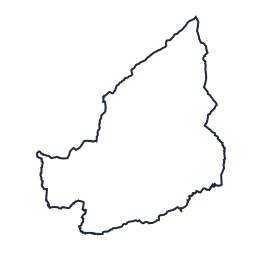 the district of Hankha, Chai Nat, Thailand, rotated 83°
{"feature_id": "78962969B11374583847622", "entity_name": "Hankha", "entity_type": "district", "adm_level": 2, "iso_a3": "THA", "parent_name": "Thailand", "parent_adm1": "Chai Nat", "projection": "natural_earth1", "projection_center": [99.977, 15.032], "detail": "fine", "context": "isolated", "style": "outline", "palette": "slate", "viewbox_px": 256, "rotation_deg": 83, "n_neighbors": 0, "source": "geoboundaries", "source_scale": "gbopen_adm2", "svg_char_len": 5819}
<svg xmlns="http://www.w3.org/2000/svg" viewBox="0 0 256 256"><g transform="rotate(83 128 128)"><path d="M226.6,185.5L226.8,183.2L227.5,183.1L227.2,180.7L227.3,179.3L227.7,177.9L227.7,176.2L228.4,176.2L228.4,174.2L229.2,174.2L229.3,170.9L229.8,170.9L230.0,166.1L228.5,165.6L228.3,165.3L228.0,162.8L228.3,162.0L228.3,160.4L227.7,159.5L227.5,158.4L226.6,157.5L226.8,156.5L225.6,154.8L225.9,152.0L225.3,147.0L224.8,145.8L223.2,144.6L222.8,143.9L222.9,143.0L223.2,142.3L223.0,141.2L222.7,140.8L221.8,140.3L221.2,138.4L221.1,134.1L220.6,132.4L221.1,130.4L221.7,129.8L221.0,128.0L222.6,127.0L224.3,125.1L224.4,124.1L223.3,121.9L223.9,119.8L225.1,118.9L225.0,117.0L225.3,115.3L224.5,113.3L224.3,112.0L223.2,110.8L223.2,108.6L221.9,108.3L220.1,108.4L218.8,107.6L218.5,105.2L218.5,102.5L217.8,101.4L217.6,100.4L216.4,99.8L215.7,99.1L215.7,98.3L215.3,97.7L215.4,97.0L215.3,96.0L215.0,95.4L214.9,93.1L214.3,92.5L214.3,91.2L213.7,90.7L212.8,89.0L212.7,88.2L213.6,87.5L214.0,86.8L214.0,85.2L214.3,85.1L215.7,85.8L217.0,85.3L217.3,85.8L217.2,85.4L215.7,85.7L214.9,85.3L213.0,80.7L211.4,78.9L209.1,78.0L208.7,77.5L207.1,77.7L207.3,77.0L207.1,76.5L206.2,76.2L206.2,75.5L205.8,75.2L203.6,75.3L203.2,75.6L202.9,74.6L203.4,74.2L203.1,72.9L202.5,72.6L202.1,71.7L201.0,71.9L200.5,71.5L200.5,70.6L201.1,70.0L201.2,69.5L200.1,68.3L199.1,68.0L198.9,67.8L199.1,67.1L200.1,65.9L200.8,63.7L199.9,63.2L197.4,60.8L197.2,59.5L197.8,58.4L198.3,58.2L198.5,57.3L199.1,57.1L199.2,55.5L199.5,54.9L199.2,54.5L198.7,54.5L198.4,53.6L197.7,53.3L197.3,53.5L196.6,53.2L196.4,51.9L195.4,51.6L194.8,51.2L195.9,50.8L196.8,49.9L195.9,48.7L194.7,48.6L194.3,49.2L194.0,48.9L194.4,48.4L195.6,48.1L195.7,46.8L196.3,46.1L196.4,44.0L196.1,43.7L196.1,43.0L195.6,41.9L186.3,41.3L185.1,40.8L179.4,37.5L176.6,37.8L174.4,36.8L172.7,36.4L172.5,36.7L171.3,36.3L171.1,36.5L170.6,35.7L170.1,35.4L168.2,35.6L165.6,35.5L165.0,35.7L163.4,35.0L162.5,35.6L161.4,34.7L159.8,34.4L159.5,35.2L158.7,35.1L157.0,36.2L156.6,35.9L156.0,36.4L155.3,36.4L154.2,35.9L153.0,37.6L151.6,38.6L151.1,38.5L150.0,40.1L149.5,40.3L148.7,39.8L147.8,40.0L147.2,40.4L145.7,42.7L144.9,42.4L143.5,42.6L142.5,44.7L139.9,46.5L136.9,49.7L134.8,51.6L133.8,50.4L133.2,50.3L131.8,49.0L127.7,47.5L124.7,47.0L124.1,45.9L124.1,44.7L123.3,44.5L121.8,43.6L120.3,41.2L119.3,39.9L116.5,38.1L115.9,37.1L114.8,37.1L112.6,38.3L112.0,39.0L109.9,40.3L108.4,40.9L107.3,41.8L105.5,42.5L103.8,44.6L102.9,44.3L100.6,45.2L99.3,46.2L97.9,46.8L97.0,47.7L92.7,45.7L88.0,44.2L87.0,44.3L84.9,44.0L79.2,44.1L75.7,43.3L73.1,43.4L71.6,43.1L69.5,44.8L69.0,44.9L67.8,44.8L66.1,43.9L65.9,42.7L65.2,42.8L64.7,42.4L63.1,39.9L62.7,40.1L59.4,40.5L58.3,40.9L57.7,40.5L56.0,40.8L54.7,41.7L54.2,41.8L53.0,42.8L52.7,43.5L52.7,44.8L51.6,45.1L50.8,45.9L50.0,45.7L48.0,46.6L46.2,46.4L43.4,47.0L42.0,47.0L40.4,47.7L37.5,46.9L36.0,46.1L35.2,46.4L32.7,45.5L30.8,45.4L26.0,47.2L27.8,49.0L29.5,54.2L30.7,56.1L33.4,58.2L37.3,62.7L38.1,64.6L39.3,66.4L40.4,67.4L40.8,70.2L43.1,72.0L45.7,75.3L45.9,76.1L45.8,78.2L46.0,79.0L48.6,80.0L51.0,80.0L52.0,80.9L52.6,83.1L54.2,86.5L54.6,88.6L55.3,90.0L56.4,93.3L57.4,94.7L58.9,97.4L59.6,98.1L60.3,99.9L62.1,101.8L63.1,103.1L64.5,108.1L65.6,109.3L66.0,111.2L66.6,112.6L69.2,114.4L70.4,117.4L72.0,117.6L75.0,117.2L75.8,117.5L76.7,119.1L77.0,121.0L77.9,122.1L78.3,125.2L79.6,125.8L80.3,126.9L80.4,128.0L81.7,129.0L81.8,130.4L83.8,132.1L84.3,133.6L84.9,134.3L89.0,136.1L89.9,137.4L91.7,138.6L91.8,139.1L91.5,139.9L90.2,141.3L90.0,142.2L92.9,146.2L93.2,147.8L94.1,147.8L94.1,148.8L97.2,148.9L99.0,149.4L99.0,147.8L99.8,147.6L105.1,147.6L106.7,148.2L108.6,148.4L109.5,149.2L109.9,150.0L110.6,150.4L111.3,151.8L112.6,153.0L115.0,153.4L116.8,155.0L118.0,155.0L119.3,155.6L119.7,155.4L121.0,156.1L123.5,156.3L124.4,155.9L126.0,157.0L126.5,157.8L128.4,158.6L130.3,158.9L131.1,158.7L132.0,159.2L132.8,160.1L133.4,160.0L134.5,160.4L135.8,160.4L137.3,160.8L136.7,162.3L137.2,163.6L137.3,164.6L136.6,165.4L136.2,166.5L136.5,167.0L136.1,167.6L136.2,168.4L135.7,169.8L135.8,170.7L135.5,172.5L135.8,173.3L139.0,175.8L140.1,177.1L141.1,177.7L142.2,179.4L143.5,182.4L141.9,183.6L141.2,184.6L143.3,187.4L144.4,188.5L147.2,189.5L150.4,191.6L150.6,192.4L150.3,196.4L149.2,200.2L148.4,200.7L148.4,201.5L147.9,202.1L148.0,203.0L148.3,203.8L148.3,206.1L148.6,207.0L148.6,207.6L148.1,208.1L147.9,208.6L147.1,208.8L146.3,209.6L145.4,212.6L144.7,213.5L144.1,215.6L143.3,215.8L143.3,216.4L142.9,216.7L142.6,217.4L141.0,218.1L140.4,219.0L141.3,220.6L142.4,221.6L143.4,221.4L145.4,221.5L146.7,219.8L147.6,217.8L147.9,218.0L148.4,217.4L150.5,217.8L150.7,217.1L151.4,217.0L153.1,217.1L155.3,217.9L156.6,218.1L156.8,218.9L157.7,218.8L159.5,219.0L160.2,219.3L161.9,219.4L162.0,220.2L163.1,220.1L164.0,220.7L166.7,220.0L168.0,220.3L170.0,219.8L170.3,219.7L170.4,219.2L171.4,219.3L172.1,219.9L172.9,219.8L173.0,220.3L174.9,220.6L175.5,220.4L175.7,219.9L176.4,219.5L178.4,218.9L178.8,215.9L189.6,218.1L189.5,217.6L190.9,217.3L192.4,216.4L194.2,215.8L194.4,215.8L194.6,216.9L195.5,216.8L196.4,216.2L196.5,215.5L197.7,215.4L197.4,213.1L197.4,211.2L198.1,207.3L199.3,205.9L199.8,204.1L198.5,203.0L200.0,197.8L200.2,196.2L198.6,194.2L198.2,194.2L197.7,193.8L197.3,193.2L197.3,192.8L195.9,191.3L196.1,190.8L195.7,190.7L195.4,190.2L195.3,189.5L194.7,189.2L194.8,188.9L194.5,188.5L194.7,188.2L194.3,187.0L194.3,185.9L194.1,185.8L194.5,185.3L194.6,184.5L194.9,184.2L195.3,182.7L195.9,181.4L196.7,181.0L202.3,182.6L203.0,183.1L203.9,182.4L204.0,181.0L204.5,181.3L204.6,179.8L205.2,180.1L206.2,180.2L206.5,180.5L207.8,180.8L208.1,181.2L208.1,181.7L209.0,183.1L210.9,184.7L211.4,184.6L211.6,184.2L212.5,183.3L213.3,183.8L215.6,183.9L217.1,185.6L218.5,186.0L219.4,187.3L219.7,188.5L220.6,188.5L221.1,188.1L221.2,187.6L221.6,187.4L222.7,188.0L224.4,187.2L224.7,187.4L225.0,186.8L225.3,186.8L225.3,185.7L226.6,185.5Z" fill="none" stroke="#1e293b" stroke-width="2"/></g></svg>